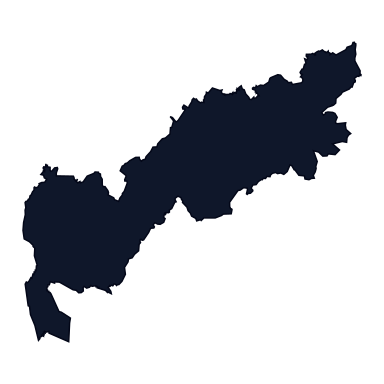 Altotonga, Veracruz, Mexico
{"feature_id": "50627088B58942716797711", "entity_name": "Altotonga", "entity_type": "district", "adm_level": 2, "iso_a3": "MEX", "parent_name": "Mexico", "parent_adm1": "Veracruz", "projection": "robinson", "projection_center": [-97.134, 19.765], "detail": "fine", "context": "isolated", "style": "filled", "palette": "ink", "viewbox_px": 384, "rotation_deg": 0, "n_neighbors": 0, "source": "geoboundaries", "source_scale": "gbopen_adm2", "svg_char_len": 5850}
<svg xmlns="http://www.w3.org/2000/svg" viewBox="0 0 384 384"><path d="M316.1,168.5L315.8,166.4L317.2,161.5L313.4,150.7L318.7,152.1L322.8,156.1L327.0,155.9L328.3,153.9L335.1,154.6L339.5,150.0L332.5,143.9L342.3,141.5L346.6,142.3L347.0,137.7L348.5,135.1L350.7,133.6L346.1,129.5L345.3,125.1L345.7,122.8L337.4,123.7L335.7,123.2L335.6,121.2L337.2,117.3L334.9,113.4L332.7,112.4L327.9,112.0L325.5,112.6L325.4,113.7L323.5,115.1L321.7,112.6L327.6,107.2L332.2,105.7L332.1,104.9L333.4,105.2L335.7,103.1L336.0,98.5L341.0,94.3L342.3,92.2L349.3,89.0L351.0,87.0L352.1,87.1L353.7,82.6L355.2,81.9L355.3,80.5L354.4,78.8L354.9,77.9L357.4,76.1L358.9,76.4L359.3,75.4L360.9,75.6L361.0,74.6L360.0,73.8L360.1,70.8L354.9,61.0L354.8,58.1L355.8,54.2L355.2,49.7L355.8,45.4L355.8,43.8L354.7,43.4L354.4,42.3L353.0,42.5L352.2,44.9L351.2,45.8L347.1,47.2L345.9,49.7L336.0,55.0L332.7,52.8L330.1,54.6L330.2,53.3L328.4,52.3L328.2,51.1L326.8,52.6L325.8,51.9L325.4,52.4L322.3,49.9L319.9,51.3L318.7,51.0L317.0,51.8L314.9,53.3L315.6,54.9L315.0,55.3L312.8,53.4L311.1,54.2L306.4,54.3L306.2,56.1L306.8,56.9L307.7,56.6L307.3,57.4L307.8,58.4L306.9,59.7L304.7,58.8L306.0,63.2L305.1,64.7L304.5,64.4L303.2,69.1L302.1,69.1L300.1,72.3L300.7,73.8L302.3,74.4L300.5,76.9L301.8,77.4L302.9,79.4L302.7,81.5L301.5,82.8L292.4,84.5L291.4,82.3L288.2,82.7L287.3,81.2L284.1,79.3L280.6,75.2L277.8,74.7L270.9,77.6L269.9,78.4L268.8,82.1L263.6,85.5L260.4,85.1L257.3,86.7L256.2,85.7L255.6,87.7L253.4,87.4L252.5,88.2L252.6,89.2L255.4,90.3L255.8,91.3L255.3,91.9L256.6,92.7L256.4,93.2L256.9,93.0L258.9,95.7L257.8,95.8L255.9,98.0L254.0,98.3L253.8,97.1L251.5,99.5L249.5,99.3L248.9,97.4L245.8,94.0L244.2,89.8L242.3,89.0L241.2,85.8L238.9,87.5L239.5,89.8L239.0,90.5L237.7,89.7L238.5,88.7L237.1,88.4L237.4,89.6L236.9,90.1L236.4,88.9L236.8,91.5L236.2,91.8L236.2,93.1L234.4,92.5L232.7,94.1L232.7,92.7L231.6,94.0L230.1,93.5L229.4,94.4L226.2,94.5L225.8,95.2L226.0,94.5L224.4,94.0L224.6,95.0L222.1,93.5L221.3,91.9L222.0,90.0L219.9,90.5L212.4,88.0L208.2,93.0L206.4,92.2L206.2,94.2L204.5,96.6L204.3,99.3L203.5,100.0L204.0,102.5L201.5,102.2L200.5,102.9L197.6,100.9L196.4,99.0L195.0,99.3L193.5,98.3L192.1,99.9L191.8,101.7L189.0,106.2L189.0,107.4L188.0,107.7L183.9,105.1L182.5,107.2L182.8,109.0L185.2,109.3L185.1,110.0L178.2,120.4L176.5,121.8L175.8,121.7L172.5,117.6L170.2,116.6L173.6,120.9L171.8,127.4L170.5,127.6L170.0,134.0L165.4,138.0L162.3,138.8L157.8,143.8L156.9,146.9L153.0,147.1L150.6,151.7L146.1,156.6L145.2,159.3L143.0,159.8L141.4,161.2L139.6,159.3L139.2,157.3L135.6,157.4L129.8,160.7L127.3,163.0L125.2,163.6L124.1,165.2L122.2,166.2L120.2,170.8L125.8,175.3L126.2,176.0L124.7,179.7L124.8,181.0L126.9,181.1L127.3,183.0L124.2,191.4L122.4,193.5L122.3,195.1L120.0,197.9L118.6,201.4L114.5,199.7L113.7,197.8L108.1,194.9L108.5,192.6L107.9,190.7L105.0,186.6L103.2,186.7L102.3,185.0L102.2,179.2L100.6,176.6L100.4,174.0L98.5,173.1L98.4,172.2L95.0,172.0L93.9,173.4L87.2,176.1L83.1,182.0L80.3,182.8L80.0,181.5L77.7,182.8L76.5,181.6L77.5,179.0L76.1,181.3L75.6,181.1L75.4,180.1L73.9,179.1L74.2,178.2L73.4,176.2L56.3,175.9L56.3,172.9L57.7,168.8L57.3,167.5L54.6,167.9L51.8,171.1L50.8,171.4L50.1,170.2L50.1,167.3L47.1,166.7L47.4,165.3L45.9,164.9L45.9,163.8L45.5,167.1L43.8,166.8L43.1,168.0L44.8,170.0L44.6,171.5L43.4,170.6L43.2,171.7L40.9,174.5L43.6,175.2L44.3,177.8L46.7,179.2L44.7,182.3L41.7,182.5L39.2,183.6L39.6,184.1L37.8,187.1L35.9,187.8L34.6,187.0L34.1,187.5L34.0,190.2L32.5,191.9L31.2,195.0L30.1,195.7L29.4,198.9L28.4,199.2L27.3,201.1L25.8,201.5L25.1,202.6L25.8,207.7L25.1,210.1L25.3,214.7L23.6,222.5L23.0,230.4L24.2,238.9L29.4,241.7L33.1,245.3L33.1,246.5L34.8,248.1L34.4,255.8L37.3,265.5L36.4,265.9L36.1,270.5L35.3,270.2L35.1,272.3L34.2,272.0L33.8,274.5L33.0,274.1L31.8,278.5L31.1,278.2L31.3,277.0L28.9,281.4L27.4,282.7L26.3,282.0L25.2,284.1L28.2,305.8L29.5,306.3L30.5,314.6L34.9,325.4L38.5,340.3L39.9,338.6L39.7,337.4L41.9,336.2L41.7,335.2L43.4,336.1L43.1,334.0L44.1,334.5L43.8,332.4L45.1,333.0L44.8,331.4L46.4,332.1L48.9,331.3L49.0,333.1L68.7,341.7L69.6,323.0L70.4,318.1L61.3,312.2L59.0,311.6L50.9,293.7L50.0,292.5L48.7,292.3L48.8,291.3L47.3,291.1L47.4,290.0L46.7,289.9L47.0,287.2L47.8,286.7L47.9,284.8L49.3,284.8L50.3,281.7L54.6,283.1L54.7,281.9L59.4,282.1L73.1,289.8L76.2,290.3L78.7,292.8L81.3,292.6L83.3,291.0L83.1,287.6L84.0,286.4L86.7,288.1L89.5,287.2L90.9,285.4L92.0,286.3L95.8,285.7L96.0,286.8L97.2,286.6L97.2,287.7L98.6,287.5L98.2,288.1L105.5,290.4L107.3,292.3L107.5,291.8L111.3,293.7L110.8,291.3L108.1,287.3L109.7,285.6L110.0,286.3L111.7,285.1L112.8,285.8L114.1,283.9L115.7,284.4L116.5,285.5L117.6,284.6L118.8,284.6L121.9,281.4L125.4,274.3L124.5,267.4L128.0,261.9L128.5,258.9L132.2,257.8L134.5,254.3L138.6,250.8L139.1,244.4L140.5,242.6L140.0,241.5L140.2,239.5L141.1,239.2L142.1,240.3L143.6,239.9L148.6,232.5L150.2,229.0L151.1,228.2L153.8,228.0L154.4,226.9L153.2,224.8L154.8,222.7L157.7,224.1L160.2,224.3L163.7,222.3L165.1,218.6L163.6,217.4L164.5,213.7L165.0,213.0L165.6,214.1L166.2,212.6L168.6,212.7L169.4,212.1L169.3,210.1L171.7,208.6L174.8,202.2L176.1,201.8L175.1,199.8L175.1,198.3L177.9,196.2L180.9,197.5L181.6,199.6L182.8,200.9L182.5,202.5L187.0,207.2L188.1,210.7L190.4,213.1L191.6,216.1L195.8,218.4L196.7,220.9L200.6,219.7L201.2,220.5L203.9,217.9L215.3,217.9L221.5,215.5L223.3,214.1L231.2,213.8L232.0,209.6L231.6,208.9L230.7,209.0L229.7,206.6L229.6,202.3L238.0,190.5L240.2,190.1L243.6,187.7L247.1,188.1L247.5,189.5L246.5,193.8L247.2,194.4L248.1,193.5L250.5,193.2L252.7,191.1L252.8,190.2L251.5,188.9L251.4,187.6L252.9,185.0L256.1,184.6L258.4,181.5L261.5,179.5L262.4,179.7L263.2,178.3L265.5,178.5L266.9,176.4L270.0,176.7L270.6,174.9L272.4,173.3L275.7,172.5L277.5,173.6L280.8,173.0L283.8,174.4L287.2,171.5L290.0,164.9L291.8,165.7L294.2,169.8L295.1,170.1L298.9,175.3L304.4,175.9L305.0,179.0L309.0,179.7L311.5,178.4L314.3,178.2L313.3,175.3L315.2,171.9L316.1,168.5Z" fill="#0f172a" stroke="#020617" stroke-width="1.5"/></svg>